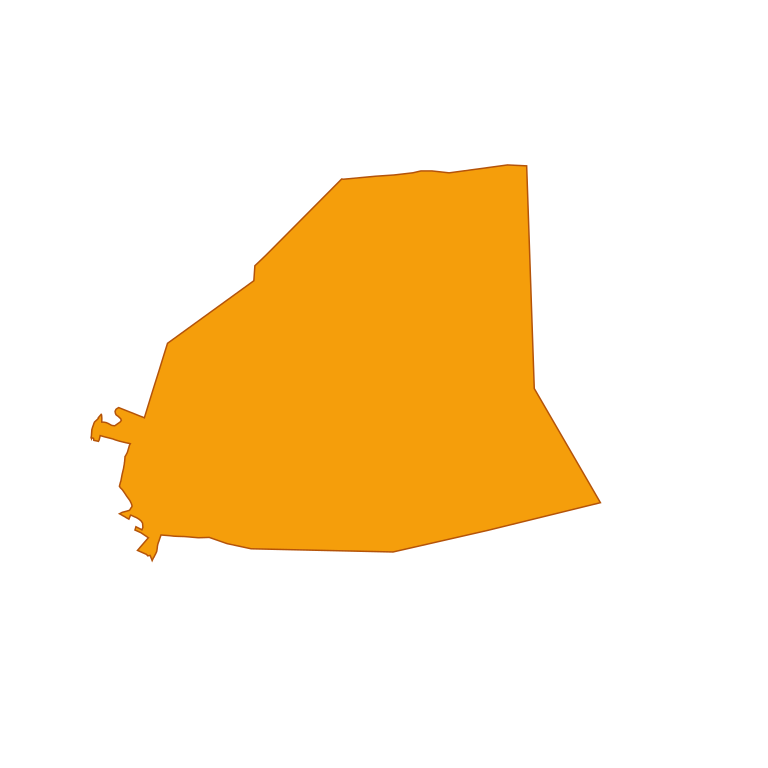 San Juan Bautista Guelache, Oaxaca, Mexico (Natural Earth projection), rotated 25°
{"feature_id": "50627088B98524938621349", "entity_name": "San Juan Bautista Guelache", "entity_type": "district", "adm_level": 2, "iso_a3": "MEX", "parent_name": "Mexico", "parent_adm1": "Oaxaca", "projection": "natural_earth1", "projection_center": [-96.79, 17.24], "detail": "fine", "context": "isolated", "style": "filled", "palette": "amber", "viewbox_px": 768, "rotation_deg": 25, "n_neighbors": 0, "source": "geoboundaries", "source_scale": "gbopen_adm2", "svg_char_len": 2534}
<svg xmlns="http://www.w3.org/2000/svg" viewBox="0 0 768 768"><g transform="rotate(25 384 384)"><path d="M421.1,126.0L403.3,133.3L353.8,165.1L337.5,170.6L327.4,175.3L320.9,180.4L304.8,190.3L288.3,199.4L260.6,215.6L259.0,216.1L222.4,317.6L217.0,331.4L222.4,345.4L170.6,438.6L172.4,452.0L174.5,467.1L176.4,481.7L178.0,493.5L181.1,515.9L178.6,516.0L176.5,516.2L172.3,516.4L170.5,516.5L168.3,516.6L165.7,516.8L163.9,516.9L162.0,517.0L153.5,517.5L152.6,518.8L151.8,520.2L151.8,522.4L152.8,523.9L154.1,525.1L155.2,525.4L156.9,525.7L158.3,526.2L160.0,526.7L161.3,528.0L160.9,530.0L157.6,535.7L154.7,536.6L150.8,536.3L148.5,536.4L146.5,536.9L144.3,537.8L142.7,534.2L141.3,531.7L140.8,531.1L140.5,531.0L139.3,535.3L139.7,535.7L139.5,536.2L139.1,537.4L137.7,540.8L137.7,541.3L137.8,543.1L138.0,544.2L138.0,545.1L138.2,546.9L138.3,547.4L138.5,548.8L140.8,554.8L141.0,555.8L141.2,556.5L141.8,557.0L141.6,556.4L142.5,556.2L143.7,556.0L144.8,557.7L145.4,557.6L145.9,557.4L146.2,557.4L146.9,557.2L147.3,557.1L147.9,557.0L148.0,556.9L149.4,556.7L149.5,555.6L149.5,555.2L148.6,550.7L153.1,550.0L157.7,549.1L161.5,548.4L164.2,548.2L168.4,547.6L174.5,546.4L179.3,545.3L179.2,547.2L180.2,553.7L180.3,554.7L180.2,556.6L180.2,556.9L180.1,558.5L179.9,559.1L180.3,560.1L181.8,564.2L181.9,564.7L182.1,565.4L182.3,565.8L182.6,566.8L183.0,568.4L183.2,569.1L183.8,571.3L183.9,572.0L184.5,574.9L184.9,576.8L186.5,583.0L186.7,584.8L187.1,586.8L187.4,588.5L188.1,588.8L188.4,589.2L189.0,589.5L191.5,590.4L195.3,592.6L198.0,594.3L202.9,597.0L205.4,599.0L206.9,600.6L207.3,601.2L207.3,602.7L207.0,603.3L206.9,605.3L206.5,606.2L204.6,607.9L202.2,609.9L201.0,610.9L199.1,613.4L201.0,613.5L201.9,613.6L202.6,613.7L204.6,613.8L204.9,613.8L207.0,614.1L209.9,614.3L209.8,611.7L209.7,610.0L210.1,609.8L214.4,609.8L215.8,609.7L218.7,610.0L221.6,610.7L223.8,612.0L224.0,612.2L226.1,615.9L226.2,618.5L225.0,618.4L219.5,618.2L220.0,621.6L226.5,621.5L232.8,622.5L234.0,622.7L235.1,623.0L235.4,623.0L231.8,635.7L231.7,636.2L230.9,639.0L240.9,638.8L242.4,639.6L244.5,638.2L248.5,642.0L248.5,639.2L248.5,638.7L248.7,638.2L248.7,636.4L248.8,634.7L248.8,633.3L248.8,632.0L248.5,630.8L248.1,629.4L247.7,628.1L247.2,626.8L246.7,624.6L246.5,623.0L246.4,621.4L246.2,619.8L246.0,618.3L245.9,616.7L245.7,615.1L254.0,612.0L257.9,610.7L261.8,609.1L266.2,607.2L267.1,606.8L270.8,605.4L276.1,603.5L280.7,601.8L285.5,599.4L290.4,596.9L309.2,595.0L333.2,589.5L463.2,532.4L539.9,472.8L630.3,400.1L589.2,371.4L522.1,324.6L421.1,126.0Z" fill="#f59e0b" stroke="#b45309" stroke-width="1.5"/></g></svg>